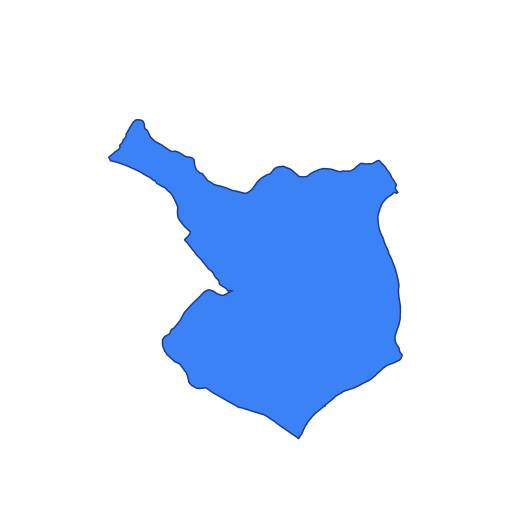 Dom Aleixo, Dili, East Timor (Natural Earth projection), rotated 120°
{"feature_id": "22284137B34351426942246", "entity_name": "Dom Aleixo", "entity_type": "district", "adm_level": 2, "iso_a3": "TLS", "parent_name": "East Timor", "parent_adm1": "Dili", "projection": "natural_earth1", "projection_center": [125.529, -8.576], "detail": "fine", "context": "isolated", "style": "filled", "palette": "blue", "viewbox_px": 512, "rotation_deg": 120, "n_neighbors": 0, "source": "geoboundaries", "source_scale": "gbopen_adm2", "svg_char_len": 6093}
<svg xmlns="http://www.w3.org/2000/svg" viewBox="0 0 512 512"><g transform="rotate(120 256 256)"><path d="M244.1,432.8L244.9,431.6L246.2,429.6L244.6,424.4L243.9,421.2L242.6,414.3L241.0,399.2L241.3,392.3L241.0,386.4L241.6,383.8L241.5,380.4L242.6,378.6L242.7,372.0L242.3,369.1L243.4,365.5L244.2,361.4L245.4,358.5L247.5,355.3L249.9,351.8L252.7,348.1L255.9,346.7L258.0,345.5L259.9,344.2L261.7,342.6L263.2,340.2L264.6,336.7L266.3,332.2L267.9,325.2L269.1,324.4L270.7,324.4L273.5,324.8L276.3,325.8L277.5,326.0L278.2,325.0L278.9,322.1L280.3,318.9L283.0,312.1L283.3,311.0L284.8,307.9L286.4,301.9L288.4,297.0L289.7,293.4L290.9,290.8L291.3,287.2L292.3,284.3L293.9,282.0L295.0,279.6L295.5,277.4L296.2,275.5L298.0,274.2L298.8,272.9L299.1,265.5L299.4,264.8L300.1,263.1L300.2,262.5L299.1,261.9L298.7,260.8L298.3,259.4L302.1,261.9L304.4,263.1L306.0,264.2L306.7,265.2L307.4,266.8L307.8,268.8L308.1,270.8L308.0,272.0L307.7,275.3L308.2,277.7L308.7,279.7L309.8,280.9L310.8,281.7L313.5,283.1L319.7,284.5L329.7,287.4L340.6,289.8L349.8,289.5L356.7,290.5L359.7,291.1L361.6,292.3L363.6,292.5L365.7,291.9L367.3,292.2L370.5,294.3L372.4,295.0L374.1,295.0L375.0,295.1L379.0,293.0L380.5,291.8L384.2,287.3L384.6,285.8L385.2,284.9L386.0,283.9L386.1,281.9L387.0,279.0L387.4,276.4L388.2,273.3L387.8,271.3L387.8,269.8L387.6,268.0L389.7,263.3L391.1,260.3L391.8,258.3L393.3,256.2L395.4,254.2L397.2,252.4L398.7,251.3L400.3,247.2L400.2,244.2L400.2,241.5L398.9,238.4L397.0,236.0L395.6,234.2L395.2,233.0L396.0,224.1L395.9,221.6L395.8,215.9L395.8,211.0L395.8,204.8L395.6,201.1L395.7,195.0L394.7,192.9L391.8,179.6L389.4,169.3L389.4,167.9L389.5,165.9L389.5,165.3L389.9,159.3L389.9,157.3L390.3,156.0L390.5,153.9L390.9,150.6L391.2,146.4L391.4,143.9L392.1,135.8L392.3,132.6L392.5,129.4L393.0,128.1L391.8,127.7L391.6,127.5L391.1,127.7L391.2,128.0L389.9,127.8L387.7,127.5L386.7,127.5L385.3,127.6L383.4,127.9L378.8,128.3L376.6,128.2L376.5,127.9L376.3,127.9L376.1,128.2L374.4,128.2L370.8,127.7L367.5,127.1L365.0,126.6L363.3,126.1L361.2,125.4L359.7,124.8L358.0,124.2L356.5,123.6L352.7,122.2L351.8,121.8L351.8,121.3L351.4,121.1L351.2,121.1L351.0,121.9L349.0,121.1L347.5,120.3L345.6,119.7L344.3,119.0L343.7,118.8L342.5,118.5L340.6,117.8L339.5,117.5L338.6,117.2L338.0,117.0L337.1,116.7L336.8,116.5L336.7,116.5L336.3,116.2L333.0,114.4L332.7,114.2L332.5,113.8L332.4,113.7L332.2,113.7L332.1,113.8L331.9,113.7L330.4,113.0L329.0,112.1L328.8,112.0L328.1,111.4L327.9,111.2L327.7,111.0L327.2,110.5L326.9,110.3L326.2,109.6L324.9,108.5L324.4,108.2L323.8,107.6L323.7,107.5L322.8,106.5L322.1,105.9L320.8,104.9L320.7,104.7L320.4,104.6L319.6,104.0L318.4,103.1L317.3,102.4L316.3,101.8L315.8,101.4L315.2,101.1L313.4,100.1L312.3,99.4L312.0,99.2L310.7,98.2L309.6,97.6L309.2,97.4L308.3,96.6L306.9,95.8L305.7,95.2L304.9,94.8L304.0,94.6L303.6,94.4L303.0,94.2L302.2,93.9L302.0,93.7L301.8,93.6L301.6,93.5L300.9,93.4L300.1,92.9L297.1,92.3L295.8,91.8L293.5,91.0L291.0,90.3L289.4,89.8L288.5,89.3L287.2,88.8L285.9,88.2L284.5,87.3L282.8,85.9L279.3,83.0L274.4,79.7L273.3,79.3L272.0,79.2L270.9,79.4L269.9,79.6L269.0,79.8L268.5,80.1L267.6,82.6L267.1,83.4L266.4,84.2L265.2,85.2L264.4,85.9L264.0,86.5L263.3,88.2L261.9,90.6L260.7,92.1L259.4,93.3L258.0,94.2L256.8,95.0L255.2,95.7L250.6,96.7L244.2,97.9L242.7,98.3L240.4,99.1L239.2,99.4L237.8,100.0L235.8,101.2L231.9,103.1L227.0,106.1L223.7,108.7L221.8,110.3L219.7,112.0L217.7,113.5L215.4,114.9L213.2,116.2L211.4,116.8L209.8,117.6L208.0,119.1L206.5,120.2L202.8,123.8L201.3,125.1L199.6,126.9L197.8,128.6L196.1,130.6L194.4,132.8L192.8,134.7L191.1,136.8L189.2,139.4L188.1,141.3L187.8,141.8L187.2,142.5L186.6,143.0L186.1,143.5L185.9,143.7L183.9,146.2L182.6,148.2L181.5,149.9L180.6,150.9L180.4,151.2L179.7,152.1L178.9,152.9L178.4,153.3L177.7,154.0L177.3,154.7L176.6,155.4L175.0,158.0L174.2,159.0L173.7,159.6L173.5,159.8L172.0,161.6L170.4,163.3L169.7,163.9L168.4,165.0L167.3,165.8L166.5,166.5L165.8,167.0L165.0,167.5L162.8,169.0L161.9,169.5L161.5,169.9L161.0,170.1L159.6,170.6L159.3,170.7L158.1,171.1L157.7,171.2L155.3,171.7L154.2,171.9L153.2,172.3L152.5,172.4L151.9,172.5L150.9,172.5L149.7,172.8L149.1,172.9L148.5,172.9L147.6,172.9L147.4,172.9L145.7,172.9L142.9,172.3L142.4,172.2L141.9,172.1L141.4,172.0L140.0,171.6L137.6,170.6L136.7,170.1L136.1,169.6L135.5,169.3L134.7,169.0L133.5,168.7L132.8,168.6L132.1,168.3L131.7,168.0L131.5,167.7L131.4,167.3L131.6,166.5L131.6,165.8L131.4,165.6L131.0,165.5L130.7,165.2L130.1,164.9L129.3,166.5L128.3,168.8L127.0,169.4L123.9,170.3L123.6,171.0L121.5,174.9L120.4,177.4L119.2,179.0L118.0,180.6L116.8,183.2L115.7,185.9L114.7,187.7L113.9,189.5L112.7,194.2L111.7,196.9L112.8,198.5L114.2,199.4L116.3,200.5L118.4,202.0L119.6,204.2L121.1,206.1L122.7,210.4L123.7,211.8L125.4,212.4L128.4,213.6L132.0,214.7L135.1,216.6L137.7,220.7L138.9,223.1L140.8,225.0L141.5,226.8L142.1,229.4L142.8,232.8L143.7,235.5L144.9,238.0L146.2,240.7L147.6,242.5L149.9,244.8L151.6,245.9L153.7,247.7L156.3,249.3L158.0,250.2L160.8,251.1L161.9,252.0L163.6,254.3L164.9,256.7L165.7,258.6L165.0,261.0L164.8,262.5L164.2,265.7L163.7,267.9L163.6,270.7L164.3,274.0L164.5,277.2L165.9,278.7L166.8,280.3L168.6,282.1L170.9,283.7L173.5,284.1L177.6,284.7L179.9,286.9L183.2,288.9L186.9,290.7L191.1,291.9L193.9,292.1L201.0,292.8L204.0,294.3L206.1,295.5L207.5,297.6L208.2,300.1L209.1,303.5L210.0,306.4L211.2,309.8L211.6,314.1L213.5,322.8L214.1,324.3L215.1,328.3L214.8,331.7L214.9,335.6L213.1,339.7L211.5,343.8L212.2,346.1L211.2,350.6L209.1,353.4L206.6,355.6L203.6,357.8L203.0,360.1L203.3,362.0L204.9,366.1L205.1,368.5L204.9,372.2L205.0,375.8L205.7,378.7L207.0,380.1L207.8,382.3L207.0,393.7L207.2,399.6L207.1,401.4L205.9,406.1L205.0,408.0L202.9,411.0L201.9,412.6L201.4,414.0L201.3,415.8L200.1,417.0L198.1,418.3L196.8,419.7L195.7,421.4L195.8,423.5L196.7,425.7L197.4,427.1L198.5,428.2L201.4,429.2L204.3,429.4L206.7,429.5L209.1,429.4L211.3,429.4L212.8,429.2L214.1,429.5L215.5,429.4L216.7,428.6L218.2,428.3L219.6,428.5L222.1,429.0L223.0,428.7L224.3,428.5L225.6,428.6L227.3,429.2L228.5,429.3L229.2,428.7L229.9,428.1L230.7,428.0L232.2,428.2L233.6,428.8L236.3,430.1L239.0,430.9L242.3,432.3L244.1,432.8Z" fill="#3b82f6" stroke="#1e3a8a" stroke-width="1.5"/></g></svg>